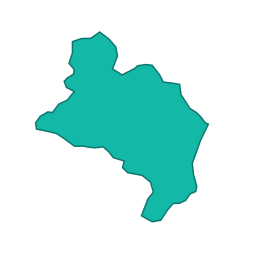 outline of Spitali, Limassol, Cyprus, rotated 118°
{"feature_id": "46923920B19373286387095", "entity_name": "Spitali", "entity_type": "district", "adm_level": 2, "iso_a3": "CYP", "parent_name": "Cyprus", "parent_adm1": "Limassol", "projection": "orthographic", "projection_center": [33.009, 34.764], "detail": "fine", "context": "isolated", "style": "filled", "palette": "teal", "viewbox_px": 256, "rotation_deg": 118, "n_neighbors": 0, "source": "geoboundaries", "source_scale": "gbopen_adm2", "svg_char_len": 994}
<svg xmlns="http://www.w3.org/2000/svg" viewBox="0 0 256 256"><g transform="rotate(118 128 128)"><path d="M86.9,58.8L87.2,62.2L84.1,68.7L82.3,74.6L81.7,82.7L78.2,88.6L73.7,96.8L65.3,102.9L67.4,109.4L70.9,118.5L66.2,125.1L61.3,136.1L63.4,141.7L68.5,148.7L72.3,150.0L83.9,158.2L83.1,169.4L69.3,171.1L62.2,176.8L58.4,186.6L56.6,198.1L66.3,202.9L70.8,211.0L77.8,217.6L87.6,212.4L98.7,210.4L101.5,203.1L105.9,201.3L112.0,204.9L116.7,206.3L121.1,201.3L120.9,192.6L132.0,194.7L139.3,200.3L149.8,201.9L151.4,206.3L158.9,211.0L166.8,212.0L168.5,210.8L171.9,208.3L168.4,196.3L166.4,188.2L167.6,177.8L169.2,166.5L166.2,161.2L165.0,159.0L163.4,153.8L161.1,148.0L156.3,141.1L158.1,133.7L161.1,127.0L158.9,115.8L165.6,114.2L167.6,107.3L163.2,93.4L165.2,82.8L172.7,75.5L181.6,77.1L190.9,75.9L199.2,74.9L199.4,62.6L194.1,55.8L181.8,54.6L173.5,52.8L170.3,47.3L164.8,43.1L157.1,42.3L152.3,38.4L147.3,39.9L138.1,48.5L129.1,54.6L104.7,58.2L86.9,58.8Z" fill="#14b8a6" stroke="#0f766e" stroke-width="1.5"/></g></svg>